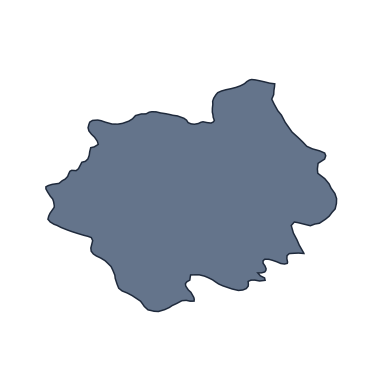 Vietka, Gomel, Belarus, rotated 14°
{"feature_id": "67162791B72598168140482", "entity_name": "Vietka", "entity_type": "district", "adm_level": 2, "iso_a3": "BLR", "parent_name": "Belarus", "parent_adm1": "Gomel", "projection": "equal_earth", "projection_center": [31.254, 52.716], "detail": "fine", "context": "isolated", "style": "filled", "palette": "slate", "viewbox_px": 384, "rotation_deg": 14, "n_neighbors": 0, "source": "geoboundaries", "source_scale": "gbopen_adm2", "svg_char_len": 2947}
<svg xmlns="http://www.w3.org/2000/svg" viewBox="0 0 384 384"><g transform="rotate(14 192 192)"><path d="M315.5,224.6L315.4,224.4L308.9,217.6L305.4,213.0L300.3,207.3L296.4,200.5L298.5,196.4L302.1,196.1L308.5,196.1L315.0,196.1L318.9,193.4L323.2,191.5L328.2,186.0L331.0,182.2L332.8,177.9L335.0,173.8L334.9,168.1L333.9,163.5L331.0,158.9L326.0,154.6L323.1,151.0L317.7,147.0L309.5,143.4L308.1,139.4L307.4,133.7L312.7,128.0L313.0,124.5L311.3,122.1L305.9,121.2L298.4,121.0L292.3,119.9L287.7,116.9L281.6,113.4L274.5,109.6L265.5,101.8L260.2,95.8L255.5,92.3L250.5,86.9L246.9,82.6L247.7,77.8L246.9,73.5L246.6,70.0L246.1,67.0L241.2,67.6L238.4,67.6L235.4,67.6L231.0,67.7L226.4,67.9L222.7,68.4L220.6,69.5L218.5,71.6L217.1,73.7L216.0,74.9L213.2,77.3L209.3,79.9L204.7,82.4L200.3,84.5L196.1,86.9L192.9,89.4L191.7,91.8L190.4,95.7L190.1,99.0L191.0,101.9L191.5,105.8L192.4,109.6L193.6,111.9L194.5,114.4L196.4,117.2L195.7,118.9L193.8,120.5L189.9,121.0L185.7,121.2L183.9,122.1L181.6,124.0L177.9,125.7L174.6,126.1L171.4,125.6L169.3,123.6L166.3,122.4L159.4,121.7L154.8,122.2L151.7,122.2L147.4,122.4L142.3,122.9L137.9,122.9L133.7,123.8L131.2,124.9L128.9,127.0L127.9,127.5L124.0,128.5L118.7,131.5L116.6,135.4L113.6,138.5L108.0,142.2L103.6,144.1L98.1,145.4L90.9,145.2L86.5,144.8L83.1,145.0L78.2,146.6L75.9,148.9L75.6,151.5L75.6,154.8L77.2,157.7L80.5,160.3L84.2,162.4L87.9,165.7L89.5,168.5L86.2,171.9L83.0,173.5L83.0,177.7L83.4,181.2L83.0,185.1L81.1,188.1L80.1,188.6L77.9,189.8L76.2,196.9L74.4,199.3L70.0,200.1L68.5,201.5L67.9,204.5L67.6,207.0L65.8,210.2L63.3,212.5L60.9,215.8L54.5,218.4L51.0,220.5L49.0,222.3L49.5,224.3L52.0,227.0L55.7,230.5L58.5,232.5L60.0,234.8L61.6,238.4L62.0,240.2L59.4,246.9L58.8,250.1L58.8,253.3L61.1,254.9L61.5,255.3L65.9,256.7L68.9,257.0L73.6,258.1L80.3,259.0L85.2,259.5L91.4,259.9L97.7,260.2L101.8,260.2L105.3,260.6L107.4,263.2L107.4,266.9L107.4,270.8L108.5,273.8L111.3,276.0L114.6,277.2L119.2,278.1L124.3,279.7L127.3,281.4L131.5,283.9L134.0,286.9L137.3,291.4L138.4,294.4L141.7,299.7L144.2,303.1L148.1,304.9L153.7,305.7L159.0,307.0L165.5,309.3L168.5,310.4L171.3,312.7L173.4,314.6L177.8,317.0L181.2,316.9L184.0,316.9L188.3,316.1L194.0,312.7L198.0,309.5L200.2,307.0L204.2,303.8L208.5,299.9L212.7,298.5L216.5,298.4L220.4,297.4L220.1,295.5L219.2,293.8L215.2,289.6L212.1,287.9L208.7,284.8L207.8,282.6L208.7,280.4L211.2,278.0L210.9,275.6L210.7,272.8L214.4,271.8L219.2,270.6L224.5,270.6L228.4,271.2L233.1,272.2L236.7,273.6L240.1,274.8L244.7,275.6L249.7,276.0L254.3,276.4L260.9,276.3L265.0,274.8L268.0,272.6L269.3,269.8L269.0,267.8L268.1,265.2L270.5,263.3L274.2,262.3L279.1,262.0L284.3,260.0L283.2,257.8L278.6,256.8L275.4,254.6L279.1,253.6L281.9,252.0L282.6,250.3L282.5,248.6L280.7,246.1L278.2,243.9L277.6,241.5L278.9,239.6L282.9,238.7L286.6,238.8L291.1,239.2L295.5,239.9L299.2,239.5L301.7,238.2L301.7,236.9L300.1,233.6L299.6,230.7L301.3,228.2L305.1,227.0L310.0,225.5L313.6,224.9L315.5,224.6Z" fill="#64748b" stroke="#1e293b" stroke-width="1.5"/></g></svg>